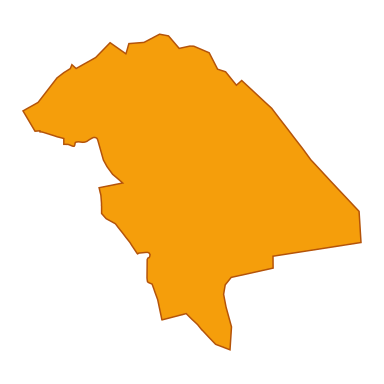 Baqim, Sa`dah, Yemen
{"feature_id": "15242507B7322189246473", "entity_name": "Baqim", "entity_type": "district", "adm_level": 2, "iso_a3": "YEM", "parent_name": "Yemen", "parent_adm1": "Sa`dah", "projection": "natural_earth1", "projection_center": [43.404, 17.39], "detail": "fine", "context": "isolated", "style": "filled", "palette": "amber", "viewbox_px": 384, "rotation_deg": 0, "n_neighbors": 0, "source": "geoboundaries", "source_scale": "gbopen_adm2", "svg_char_len": 1769}
<svg xmlns="http://www.w3.org/2000/svg" viewBox="0 0 384 384"><path d="M162.0,319.9L186.2,313.6L191.6,319.0L197.6,324.6L201.9,330.0L202.1,330.0L208.7,337.1L215.5,344.2L216.1,344.5L230.0,349.8L231.5,326.9L226.0,306.9L223.6,294.3L225.2,284.9L231.2,277.4L273.1,268.1L273.0,256.2L361.0,242.5L359.1,211.8L359.0,211.3L349.7,201.4L338.2,189.2L330.3,180.8L319.4,169.0L310.8,159.8L302.4,148.3L294.1,137.6L287.1,128.4L279.5,118.6L271.7,108.3L264.8,102.0L248.8,87.1L241.7,80.5L236.4,85.2L225.6,71.8L217.6,69.2L209.2,52.8L201.3,49.4L193.8,46.2L189.8,46.1L179.2,48.4L168.5,35.9L159.6,34.2L144.0,42.4L128.9,43.6L128.3,45.6L127.4,48.9L126.0,53.6L125.9,53.8L110.1,42.7L106.5,46.4L95.7,57.5L76.1,68.5L71.9,64.7L70.3,68.6L63.9,72.6L57.1,77.8L38.1,102.4L23.0,110.9L35.0,131.2L36.6,131.1L39.9,130.8L39.9,131.8L40.5,131.9L42.1,132.0L54.0,135.7L57.5,136.9L58.1,137.0L61.2,137.8L63.8,138.5L63.8,144.3L67.9,144.4L69.0,144.7L72.4,146.1L73.7,146.3L74.2,146.2L74.7,145.3L75.2,142.8L76.0,142.1L78.5,141.8L81.8,142.2L82.8,142.3L84.8,142.1L86.9,141.4L88.4,140.3L90.3,139.1L92.9,137.7L94.1,137.4L95.9,137.7L97.1,138.5L97.8,140.2L103.4,160.0L107.0,166.6L112.6,174.3L119.1,179.8L122.7,183.0L99.1,187.7L100.1,192.1L100.6,194.0L100.9,195.4L100.9,195.5L101.5,203.2L101.5,205.8L101.6,206.3L101.6,208.4L101.6,213.5L104.4,216.7L105.1,217.5L106.2,218.7L115.3,223.7L115.4,223.8L116.3,224.9L118.0,227.2L120.3,230.1L120.7,230.6L122.3,232.6L123.6,234.3L125.7,237.1L129.9,242.4L131.9,245.6L137.1,253.4L137.6,253.9L138.9,253.1L146.0,252.4L147.9,252.4L149.2,253.1L150.1,254.7L149.6,256.8L149.2,257.5L147.9,258.1L147.2,259.6L147.0,277.9L147.2,279.9L147.5,281.7L148.4,282.5L152.1,284.1L154.0,289.3L154.6,291.2L157.7,299.7L161.4,317.4L161.9,319.8L162.0,319.9Z" fill="#f59e0b" stroke="#b45309" stroke-width="1.5"/></svg>